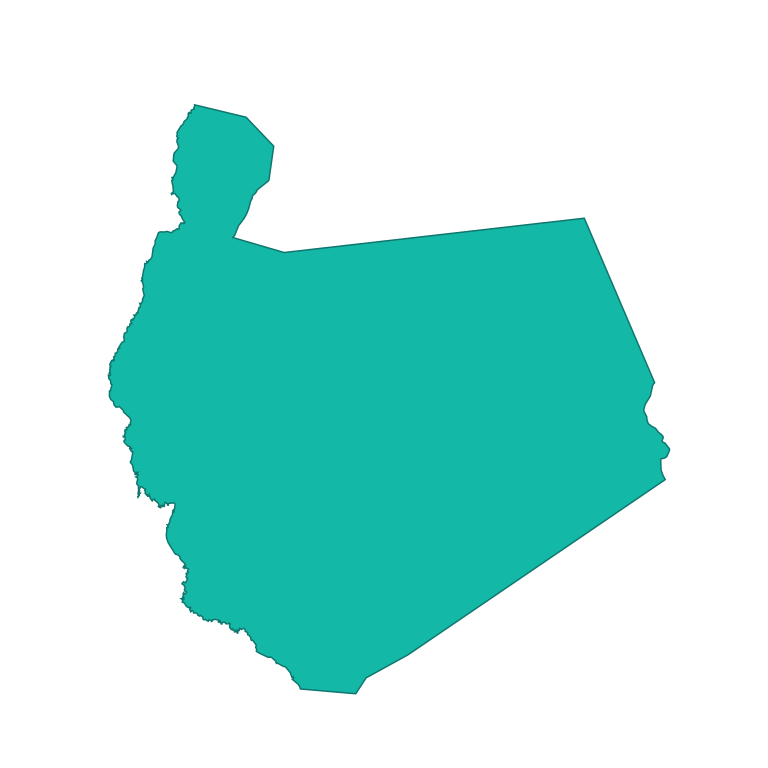 Moroni-Bambao, Andjazîdja, Comoros, rotated 352°
{"feature_id": "10938185B83767222062315", "entity_name": "Moroni-Bambao", "entity_type": "district", "adm_level": 2, "iso_a3": "COM", "parent_name": "Comoros", "parent_adm1": "Andjazîdja", "projection": "natural_earth1", "projection_center": [43.253, -11.742], "detail": "fine", "context": "isolated", "style": "filled", "palette": "teal", "viewbox_px": 768, "rotation_deg": 352, "n_neighbors": 0, "source": "geoboundaries", "source_scale": "gbopen_adm2", "svg_char_len": 6143}
<svg xmlns="http://www.w3.org/2000/svg" viewBox="0 0 768 768"><g transform="rotate(352 384 384)"><path d="M649.2,517.8L647.6,513.5L646.4,507.9L647.5,497.1L648.2,496.6L651.0,496.5L652.8,495.9L654.1,495.0L657.6,489.2L657.6,487.9L654.0,481.6L652.0,480.3L651.4,479.0L653.2,475.6L652.4,473.6L648.8,469.6L646.7,465.7L642.9,462.9L640.1,459.9L639.4,455.4L639.6,452.8L637.5,446.9L637.9,445.0L639.9,440.4L646.0,433.1L649.7,423.2L650.6,421.7L652.2,420.4L605.4,247.7L303.4,239.9L254.6,217.9L256.9,215.9L262.0,207.0L268.6,200.4L271.6,196.4L274.6,191.2L277.2,184.7L279.3,181.7L279.7,179.9L280.5,178.9L283.4,177.0L285.9,173.8L297.8,166.8L298.5,165.8L307.9,133.2L284.5,100.6L235.3,81.2L235.4,82.3L234.8,82.8L234.1,84.3L234.4,85.2L231.2,86.0L230.6,89.0L229.6,89.0L229.4,88.0L228.7,88.0L227.7,89.0L227.5,91.7L226.5,92.5L226.4,93.7L222.6,96.2L221.0,99.1L219.0,100.1L214.0,106.2L214.0,108.5L213.3,109.5L213.3,110.2L214.5,112.1L213.3,112.7L212.6,115.2L213.7,120.5L212.7,122.5L208.6,125.9L207.8,127.5L206.3,134.0L209.4,139.0L209.3,140.1L207.3,145.7L204.1,150.0L202.7,150.0L202.8,151.0L203.4,151.3L203.3,152.5L202.1,153.0L202.4,157.6L202.8,158.5L202.4,159.5L202.3,164.2L199.9,165.8L200.1,166.8L201.0,166.2L203.7,166.3L204.9,169.0L206.8,171.4L206.7,173.8L205.3,174.8L204.1,179.0L204.3,180.4L207.0,183.3L206.5,184.3L205.1,184.9L204.8,186.3L205.4,187.9L206.7,189.5L207.2,192.0L209.2,196.4L208.7,197.2L208.1,197.3L207.8,196.6L205.3,196.3L203.1,198.9L202.8,201.6L201.9,202.3L201.1,201.5L200.0,201.7L198.3,202.9L196.7,202.9L195.7,204.2L193.9,204.4L190.4,202.7L187.5,202.9L183.7,202.2L181.9,202.6L181.1,203.8L179.5,207.2L177.4,210.0L176.8,213.8L174.3,217.3L172.0,225.7L170.3,227.9L168.2,228.8L167.6,230.3L166.0,229.6L165.9,231.4L165.4,231.7L163.8,231.5L163.2,234.9L161.6,238.3L159.7,244.4L158.8,245.6L159.6,246.6L158.0,247.9L158.2,248.4L159.3,248.6L158.9,249.6L159.4,252.0L159.3,255.3L158.3,256.3L158.9,263.0L156.6,266.5L156.5,268.3L154.7,270.6L153.3,270.2L153.8,272.2L153.6,273.0L152.9,274.1L152.1,274.1L150.4,278.0L150.4,279.4L148.8,279.2L147.9,281.1L145.9,281.0L146.6,282.4L146.4,283.0L145.4,284.3L144.4,284.5L144.1,285.8L142.8,285.1L141.8,286.8L142.7,289.1L140.8,289.1L140.1,291.6L138.0,291.8L137.2,293.2L136.9,296.3L136.4,296.9L134.0,297.6L132.9,301.0L132.8,305.5L130.7,306.1L129.4,307.3L126.6,310.7L127.3,311.6L125.3,312.1L125.0,313.8L123.7,316.1L122.2,316.0L121.6,318.7L121.1,319.3L120.1,319.5L120.2,322.9L119.2,323.3L119.1,322.4L117.5,322.9L117.3,323.8L116.2,324.4L116.2,325.9L115.3,326.2L115.2,328.0L116.0,328.6L114.8,329.9L115.0,331.2L114.3,331.8L114.4,334.3L113.4,334.7L113.4,335.5L114.5,336.0L114.5,336.9L113.5,337.5L112.3,336.9L112.3,340.5L113.7,342.5L113.5,345.9L114.3,346.8L114.3,347.6L112.9,350.4L112.4,352.5L111.2,352.6L110.4,358.2L111.3,361.3L113.6,363.8L113.8,367.3L115.5,369.7L118.9,369.7L122.1,373.7L122.2,375.5L126.7,381.0L127.8,382.7L128.4,385.1L127.4,387.0L127.5,389.0L126.0,388.7L126.0,390.1L125.4,390.1L124.3,391.2L122.8,391.2L123.3,392.8L122.6,393.8L121.4,393.1L120.7,394.7L120.8,395.7L121.3,396.2L120.1,397.8L120.1,399.4L118.6,399.3L118.4,400.1L120.1,400.5L120.1,403.3L119.1,403.4L118.6,404.0L118.6,405.3L121.4,409.5L123.7,410.7L123.1,412.3L123.4,413.1L124.7,412.1L125.1,412.8L123.9,414.0L124.5,415.7L125.6,416.0L125.8,416.5L123.3,424.1L122.0,425.7L122.0,426.6L123.6,429.0L124.0,435.5L125.2,437.1L128.1,437.1L127.7,438.1L124.8,438.6L125.0,439.1L127.5,439.2L127.7,439.9L126.3,441.2L125.3,441.5L126.8,442.7L126.8,444.1L125.4,447.4L125.4,448.8L126.7,450.9L126.7,451.8L126.3,452.3L126.3,454.8L125.1,458.5L125.6,459.7L125.5,460.3L124.5,461.2L124.6,461.9L126.3,460.1L126.3,459.0L127.4,458.2L126.3,457.9L126.3,457.2L127.2,455.9L126.9,454.8L127.5,453.6L129.0,451.8L129.8,452.0L131.5,453.8L133.2,454.8L132.2,455.9L132.3,456.4L132.9,456.6L132.9,457.6L132.2,458.7L133.3,460.8L134.1,460.5L134.3,460.8L134.3,462.2L135.5,462.4L136.1,461.0L136.7,464.9L138.2,467.5L139.5,466.0L140.8,466.1L140.8,467.2L144.0,470.8L144.4,472.7L143.5,473.8L144.2,474.7L145.4,475.3L145.4,473.9L146.2,473.2L147.0,474.6L148.0,473.3L148.8,473.6L148.7,474.5L149.4,474.6L150.3,471.1L151.0,470.8L152.5,472.3L152.9,473.8L153.6,473.9L153.8,472.3L159.0,472.4L160.2,473.4L160.4,474.3L159.2,478.4L157.2,480.1L157.2,480.4L158.5,480.5L158.2,481.5L156.8,481.7L156.3,484.0L153.6,487.7L152.6,490.8L150.8,493.5L149.7,493.3L150.3,494.9L150.1,495.8L148.9,495.9L148.5,499.3L147.4,502.9L147.3,506.1L148.1,510.9L153.4,522.9L153.9,523.6L154.8,523.7L157.4,525.8L157.9,527.0L157.6,528.2L159.0,530.7L162.1,534.4L162.3,535.9L161.2,535.7L161.0,537.1L160.1,536.8L159.6,537.9L160.8,538.9L161.7,537.7L162.5,538.4L162.7,539.1L163.5,539.1L164.6,540.1L163.3,542.0L163.8,543.7L161.8,543.9L161.6,544.7L162.2,545.8L161.1,547.5L161.6,548.6L162.6,549.1L159.9,553.2L158.0,552.0L156.3,553.3L156.4,554.1L157.8,555.1L158.9,558.4L157.8,559.6L157.8,561.2L159.2,561.8L159.7,562.7L157.7,564.3L156.6,562.7L155.8,563.9L156.0,569.2L155.3,569.5L155.1,569.0L155.0,567.1L154.2,568.4L153.2,568.4L154.4,569.7L154.4,571.1L153.8,571.8L156.3,573.5L156.6,575.4L158.2,577.5L159.7,578.3L161.1,578.0L161.4,578.6L160.2,579.7L160.9,582.7L162.6,581.6L163.5,582.6L163.6,584.3L166.2,584.6L167.3,585.8L167.5,587.0L169.2,588.2L169.9,587.5L172.1,589.3L172.1,591.7L172.8,592.4L174.7,592.5L175.7,593.7L177.1,594.4L177.8,593.2L180.1,594.1L180.1,595.1L181.3,594.6L181.7,593.6L184.1,593.6L187.8,595.1L186.8,596.6L187.7,597.1L188.7,595.6L189.0,595.9L189.3,598.8L189.9,599.2L190.7,597.9L192.4,597.5L193.8,598.4L193.8,599.2L195.6,599.8L197.0,599.8L197.4,599.2L198.3,600.1L197.4,602.2L197.3,603.6L198.3,605.3L198.8,606.0L200.1,605.4L200.3,606.9L201.2,607.1L201.6,608.7L202.8,608.7L203.5,606.5L204.1,610.3L204.6,610.2L205.6,607.0L206.5,607.7L207.3,605.8L208.6,607.2L211.4,606.5L212.3,607.8L212.1,609.7L214.2,610.9L214.1,613.3L215.0,613.7L216.8,616.5L216.6,618.0L216.9,618.1L217.0,619.5L218.3,619.4L221.2,624.9L220.2,627.0L221.0,628.8L220.4,631.0L222.8,633.0L231.0,638.4L234.4,638.9L238.4,643.5L238.2,644.8L238.7,645.8L239.6,645.5L245.0,649.6L247.2,650.5L251.0,656.9L252.0,661.7L253.4,661.2L253.6,662.8L252.1,663.7L257.2,669.4L258.4,671.9L258.8,674.4L312.9,686.8L325.4,672.5L370.1,655.5L649.2,517.8Z" fill="#14b8a6" stroke="#0f766e" stroke-width="1.5"/></g></svg>